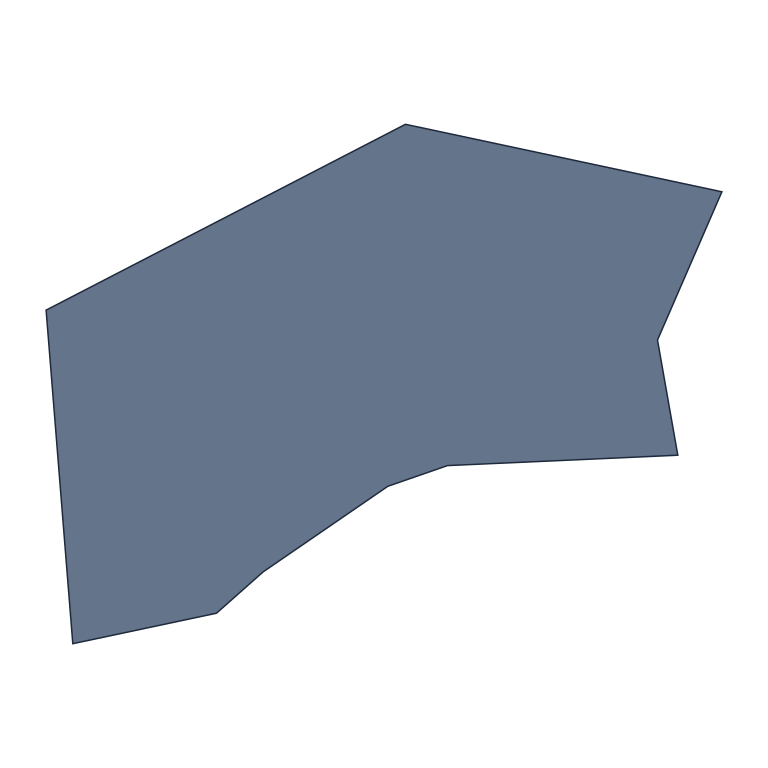 outline of Kuzma
{"feature_id": "SVN-197", "entity_name": "Kuzma", "entity_type": "Municipality", "adm_level": 1, "iso_a3": "SVN", "parent_name": "Slovenia", "parent_adm1": "", "projection": "natural_earth1", "projection_center": [16.092, 46.839], "detail": "fine", "context": "isolated", "style": "filled", "palette": "slate", "viewbox_px": 768, "rotation_deg": 0, "n_neighbors": 0, "source": "natural_earth", "source_scale": "10m", "svg_char_len": 262}
<svg xmlns="http://www.w3.org/2000/svg" viewBox="0 0 768 768"><path d="M405.4,124.3L721.9,191.8L657.5,340.0L677.8,455.2L447.4,465.6L387.8,486.3L263.1,571.9L216.5,613.2L72.8,643.7L46.1,310.1L405.4,124.3Z" fill="#64748b" stroke="#1e293b" stroke-width="1.5"/></svg>